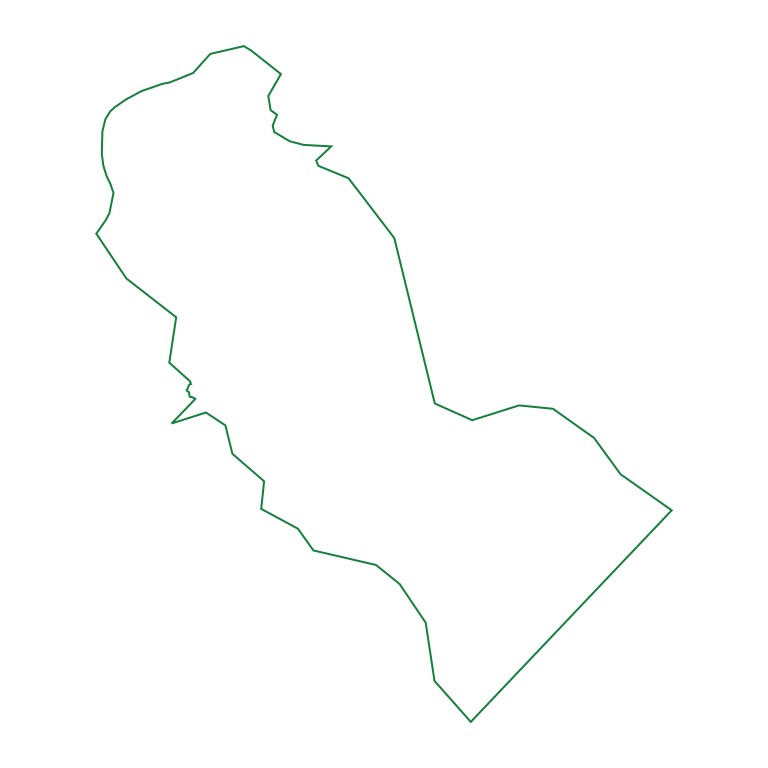 outline of Camden, New Jersey, United States of America
{"feature_id": "52423323B11695261421482", "entity_name": "Camden", "entity_type": "district", "adm_level": 2, "iso_a3": "USA", "parent_name": "United States of America", "parent_adm1": "New Jersey", "projection": "robinson", "projection_center": [-75.037, 39.802], "detail": "fine", "context": "isolated", "style": "outline", "palette": "green", "viewbox_px": 768, "rotation_deg": 0, "n_neighbors": 0, "source": "geoboundaries", "source_scale": "gbopen_adm2", "svg_char_len": 1205}
<svg xmlns="http://www.w3.org/2000/svg" viewBox="0 0 768 768"><path d="M96.3,233.7L126.4,278.5L176.2,317.3L169.3,362.7L187.7,379.2L188.3,379.3L188.5,379.8L189.8,381.0L190.3,382.3L190.7,382.6L190.3,383.8L190.6,384.1L189.8,384.3L188.8,385.4L188.4,386.8L187.5,388.8L186.8,389.7L186.7,390.6L189.0,392.2L189.3,393.0L189.1,393.5L189.6,396.3L189.9,396.8L191.4,397.1L191.8,396.9L192.5,397.5L193.7,397.9L194.8,398.5L195.3,399.0L171.6,423.5L205.9,412.5L225.4,425.4L232.4,453.8L264.1,481.3L261.2,508.9L297.9,528.7L313.5,550.5L376.0,565.0L399.6,584.0L425.7,622.7L434.5,680.9L470.8,721.9L496.6,694.7L580.8,606.0L671.7,510.3L620.6,474.3L594.0,437.9L553.0,408.8L519.1,405.4L472.2,420.2L434.8,403.5L394.3,238.1L356.5,188.6L348.4,178.2L318.4,165.9L316.2,160.5L331.2,146.4L303.6,144.9L289.8,141.3L274.2,132.0L272.7,125.6L277.0,114.8L270.6,110.1L268.3,96.0L280.9,74.1L251.8,51.0L243.9,46.1L210.3,53.9L193.1,73.0L169.5,82.5L168.9,82.6L162.2,83.9L142.6,90.7L141.7,91.0L125.9,99.5L119.3,104.1L115.0,107.0L110.4,111.2L105.6,118.7L104.8,121.6L102.4,131.4L101.8,154.4L102.2,156.9L103.4,165.9L106.4,175.4L106.5,175.9L110.4,183.9L113.5,193.0L109.4,213.2L105.7,220.2L96.3,233.7Z" fill="none" stroke="#15803d" stroke-width="2"/></svg>